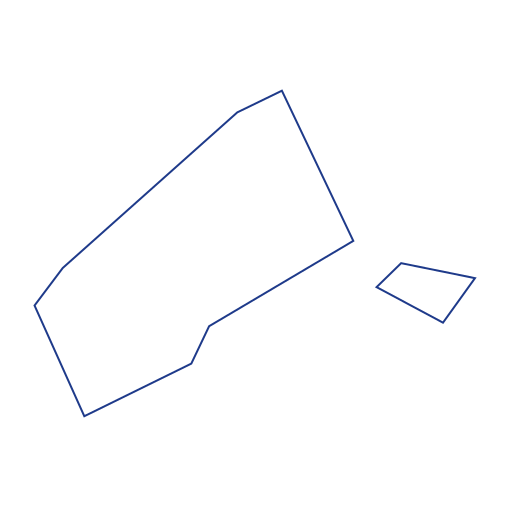 SVG path tracing the border of Paget, rotated 182°
{"feature_id": "BMU-5138", "entity_name": "Paget", "entity_type": "state/province", "adm_level": 1, "iso_a3": "BMU", "parent_name": "Bermuda", "parent_adm1": "", "projection": "natural_earth1", "projection_center": [-64.789, 32.281], "detail": "fine", "context": "isolated", "style": "outline", "palette": "blue", "viewbox_px": 512, "rotation_deg": 182, "n_neighbors": 0, "source": "natural_earth", "source_scale": "10m", "svg_char_len": 331}
<svg xmlns="http://www.w3.org/2000/svg" viewBox="0 0 512 512"><g transform="rotate(182 256 256)"><path d="M159.3,274.5L300.4,184.2L316.9,146.2L422.0,89.9L475.6,198.8L448.7,237.3L279.7,398.9L235.9,422.1L159.3,274.5ZM66.8,195.9L134.4,229.1L110.7,253.9L36.4,241.5L66.8,195.9Z" fill="none" stroke="#1e3a8a" stroke-width="2"/></g></svg>